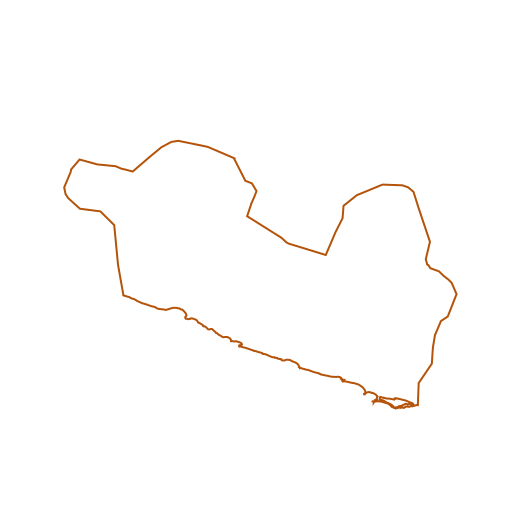 Al Makha, Ta`izz, Yemen, rotated 286°
{"feature_id": "15242507B68807574850563", "entity_name": "Al Makha", "entity_type": "district", "adm_level": 2, "iso_a3": "YEM", "parent_name": "Yemen", "parent_adm1": "Ta`izz", "projection": "equal_earth", "projection_center": [43.297, 13.522], "detail": "fine", "context": "isolated", "style": "outline", "palette": "amber", "viewbox_px": 512, "rotation_deg": 286, "n_neighbors": 0, "source": "geoboundaries", "source_scale": "gbopen_adm2", "svg_char_len": 5916}
<svg xmlns="http://www.w3.org/2000/svg" viewBox="0 0 512 512"><g transform="rotate(286 256 256)"><path d="M344.0,207.9L344.1,207.2L347.6,179.5L345.3,149.6L342.3,143.1L334.5,135.1L322.3,126.7L303.2,114.2L303.1,106.4L302.8,103.0L303.6,96.2L300.3,78.2L300.1,59.8L288.2,54.4L285.6,54.7L269.1,52.7L263.0,55.9L259.8,59.6L252.9,73.7L256.0,94.1L246.6,111.2L209.5,125.8L182.5,139.0L181.6,139.3L181.6,141.1L181.5,143.5L181.6,145.4L181.2,146.9L180.9,148.4L181.0,149.1L180.8,151.8L180.0,154.1L179.2,160.0L179.3,161.2L179.2,162.8L179.3,164.3L179.1,165.3L179.0,167.3L178.9,169.9L179.1,171.2L179.0,173.5L178.4,175.2L178.3,177.2L178.5,177.8L178.6,178.7L179.2,182.1L179.2,183.2L179.1,183.6L180.0,185.3L182.6,189.3L183.4,190.8L184.2,193.5L184.3,195.8L184.5,197.0L184.0,198.4L184.1,200.0L183.2,201.7L182.4,203.0L181.4,204.4L179.6,205.6L179.2,205.5L177.9,204.8L177.2,205.0L176.5,205.5L176.4,205.7L176.6,205.8L176.6,208.5L177.4,209.7L177.4,210.0L177.7,210.1L178.0,210.4L178.4,211.9L178.4,213.2L178.3,214.7L178.2,215.7L177.9,216.6L177.2,217.7L176.1,218.7L175.9,219.1L176.1,219.7L175.4,222.4L174.7,224.3L174.4,224.7L174.0,224.7L173.9,225.2L174.1,225.8L174.2,226.4L173.6,228.0L172.4,229.9L172.4,231.0L172.8,231.9L173.4,232.8L173.7,233.8L171.5,238.3L171.1,238.5L171.0,238.8L171.0,240.0L170.7,240.5L170.4,241.0L169.9,242.4L169.7,243.8L168.9,246.1L168.9,246.9L169.8,249.1L170.2,250.6L170.2,251.2L169.9,252.4L169.5,253.9L168.6,254.9L167.7,255.4L167.2,255.5L167.3,256.0L167.7,256.8L167.9,259.0L168.6,260.3L168.5,264.1L168.3,265.4L167.6,266.6L167.1,266.9L166.4,266.5L165.6,264.6L164.9,264.4L164.3,265.0L164.8,266.4L164.7,268.8L164.8,269.5L164.8,271.5L164.7,274.0L164.7,274.5L164.4,278.6L164.5,279.1L164.5,279.7L164.2,280.1L164.5,282.3L164.3,285.2L164.5,288.0L164.3,289.0L163.9,289.1L163.9,289.6L163.8,289.9L163.9,290.3L164.2,292.5L163.5,296.9L163.2,299.7L163.5,300.7L163.8,301.6L163.7,301.9L163.4,302.0L163.4,302.7L163.6,303.2L163.8,304.4L163.6,304.5L163.4,305.2L163.3,305.9L163.6,306.7L163.5,307.0L163.7,308.1L163.7,308.9L163.1,309.1L162.9,309.4L162.9,310.1L163.3,311.9L164.8,314.0L165.1,315.4L165.3,316.8L165.3,318.2L164.9,318.9L164.7,321.1L164.6,322.5L164.3,324.0L163.6,325.9L162.4,327.3L161.4,328.3L161.0,328.1L160.8,328.8L160.2,329.1L160.7,330.7L160.5,332.0L160.7,333.5L160.5,335.2L160.9,337.5L160.6,339.6L160.6,340.8L160.4,343.5L160.4,345.7L160.6,348.5L160.5,348.8L160.5,349.2L160.3,349.3L160.4,349.8L160.3,350.2L160.2,350.1L160.0,350.6L160.4,356.5L160.6,357.8L160.6,359.8L160.7,360.9L160.9,362.7L161.3,364.0L161.8,366.4L162.5,367.9L162.6,368.9L162.7,370.0L162.6,370.5L162.5,370.9L162.1,371.6L161.4,371.4L161.3,371.9L161.3,372.5L161.0,374.0L160.9,374.4L159.6,374.1L160.6,374.5L161.0,374.5L161.1,374.4L161.1,374.5L161.2,374.8L160.0,374.4L159.5,374.4L159.3,374.0L159.3,373.9L159.2,374.0L159.4,374.4L159.5,374.5L159.7,374.8L160.0,375.9L160.1,376.7L160.3,378.6L160.4,382.1L160.6,383.3L160.5,383.7L160.8,385.2L160.8,386.2L160.8,387.8L160.7,390.3L159.3,394.4L158.5,395.7L157.0,397.7L155.4,398.7L154.9,398.8L154.8,398.7L154.0,398.4L153.9,398.3L153.3,398.1L153.2,397.9L152.9,398.0L153.0,398.4L153.3,398.2L153.6,398.3L154.0,399.1L154.3,399.2L155.2,400.0L155.8,400.9L156.2,401.6L156.4,402.4L156.5,403.8L156.3,404.3L156.4,404.6L156.3,404.9L156.3,405.0L156.3,405.5L156.5,405.8L156.5,406.5L156.1,408.2L155.7,409.5L155.5,409.8L154.9,410.8L154.3,411.6L153.9,411.3L153.4,411.4L152.8,411.3L151.6,411.8L151.2,412.4L150.9,412.4L150.6,410.6L150.8,410.5L150.7,410.3L150.6,410.2L150.4,410.1L150.3,410.3L150.4,410.9L150.5,411.0L149.7,411.3L149.4,411.2L149.1,410.8L148.7,410.0L148.6,409.6L148.6,408.7L148.5,408.2L148.4,408.2L148.5,408.7L148.4,409.2L148.2,409.5L147.7,409.6L148.0,409.7L148.4,410.0L149.0,410.8L149.6,411.7L149.7,412.2L149.6,412.4L150.1,413.8L150.5,415.9L150.6,418.0L150.5,420.4L150.6,421.0L150.6,422.1L150.5,423.3L150.2,424.6L149.2,427.0L148.6,427.6L148.3,428.4L148.3,429.6L148.1,430.1L148.1,430.3L148.0,430.6L148.0,431.0L148.3,431.4L148.2,431.8L148.0,432.2L148.2,432.3L148.3,432.6L148.3,433.0L149.2,434.4L149.6,434.9L149.9,435.6L149.9,435.9L149.7,436.5L150.1,437.2L150.4,437.4L150.9,438.4L150.6,439.1L150.9,439.6L150.8,440.1L151.7,440.9L151.8,440.8L152.1,441.0L152.4,441.2L152.7,441.7L152.8,442.1L152.7,442.4L152.8,442.7L153.2,443.2L153.1,443.7L153.4,444.4L153.2,444.8L153.5,445.0L154.2,446.0L154.2,446.3L154.6,446.8L154.6,447.3L155.2,447.2L156.2,446.2L156.5,445.0L155.2,442.7L155.3,441.5L155.3,440.7L151.8,436.7L151.0,434.9L149.4,433.1L148.4,430.7L149.0,429.9L149.2,429.5L149.3,429.5L149.4,429.0L149.6,428.7L149.6,428.4L149.8,427.9L150.2,427.7L150.3,427.3L150.4,427.0L150.5,426.7L150.6,426.3L150.7,426.1L150.7,425.8L150.4,425.5L150.8,425.0L150.9,424.4L151.1,423.8L151.1,422.1L151.2,421.3L151.3,421.1L151.5,421.0L151.5,420.6L151.5,420.4L151.9,419.5L152.0,419.1L152.0,418.6L152.2,418.4L152.2,416.6L152.0,415.6L152.0,414.9L152.4,414.6L153.3,414.3L153.7,414.2L154.6,414.2L154.8,414.3L154.9,414.5L154.7,416.6L155.0,417.7L154.8,417.9L155.0,419.6L155.0,420.7L155.0,421.0L155.1,421.6L155.4,422.4L155.6,423.0L155.6,424.0L155.8,424.6L156.1,428.4L156.9,428.4L157.2,429.5L157.3,429.5L157.4,429.1L157.6,429.0L157.9,429.9L157.9,430.8L158.1,431.6L158.0,432.8L158.2,434.9L158.2,437.7L158.4,439.2L157.9,443.5L157.6,443.6L157.4,445.1L157.7,445.2L157.7,446.1L157.5,446.5L157.4,446.7L157.4,447.4L157.0,447.7L156.8,448.1L156.4,448.0L155.9,448.5L155.8,448.9L155.4,449.1L155.5,449.3L156.9,451.3L157.2,451.9L157.1,452.2L157.2,452.7L178.7,447.4L201.0,454.7L216.6,451.3L229.6,449.8L230.4,450.0L244.4,451.7L250.7,457.0L274.6,459.3L284.1,451.5L286.3,447.6L288.6,441.8L291.7,436.1L292.3,427.0L294.9,424.0L294.9,423.0L299.7,420.1L317.6,419.3L346.9,399.1L361.1,389.7L363.9,383.4L364.3,377.2L359.5,357.9L342.2,336.1L328.4,326.3L316.2,328.8L301.1,325.9L276.2,322.8L276.9,284.0L277.6,281.2L280.5,275.5L291.8,236.5L303.2,237.0L304.7,237.0L312.8,238.1L318.6,238.6L324.7,232.0L325.3,225.9L325.3,225.1L343.9,207.8L344.0,207.9Z" fill="none" stroke="#b45309" stroke-width="2"/></g></svg>